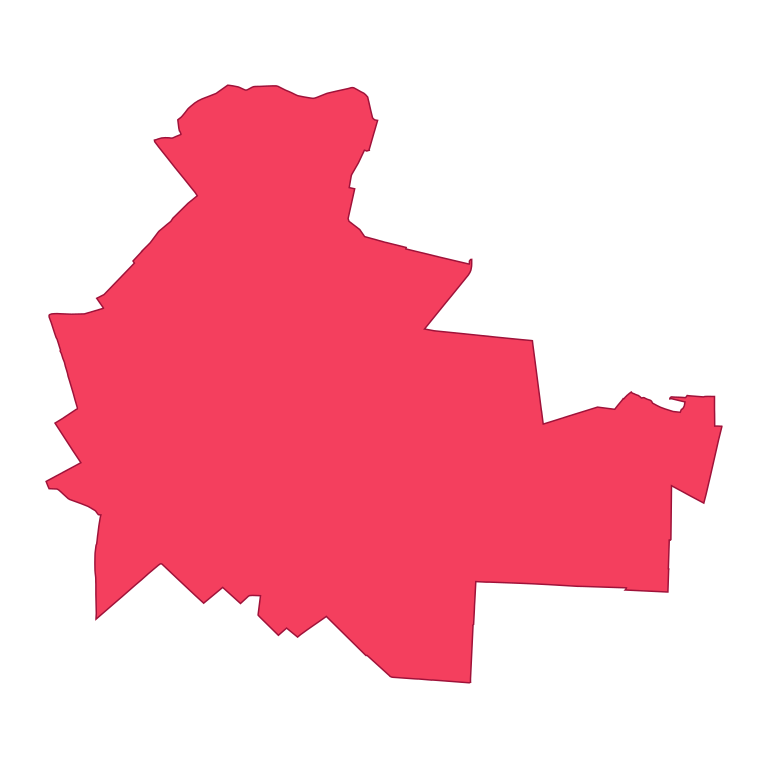 Ciocarlia, Constanta, Romania
{"feature_id": "2599482B33175651559383", "entity_name": "Ciocarlia", "entity_type": "district", "adm_level": 2, "iso_a3": "ROU", "parent_name": "Romania", "parent_adm1": "Constanta", "projection": "robinson", "projection_center": [28.275, 44.143], "detail": "fine", "context": "isolated", "style": "filled", "palette": "rose", "viewbox_px": 768, "rotation_deg": 0, "n_neighbors": 0, "source": "geoboundaries", "source_scale": "gbopen_adm2", "svg_char_len": 5747}
<svg xmlns="http://www.w3.org/2000/svg" viewBox="0 0 768 768"><path d="M577.6,586.3L582.7,586.4L625.4,587.8L626.4,587.9L626.1,588.8L625.6,589.6L625.2,590.0L667.4,592.0L667.9,592.0L668.6,570.3L668.8,569.1L668.6,569.0L668.6,568.8L668.3,568.8L668.4,566.9L669.0,548.0L669.2,541.8L669.2,540.1L670.3,540.1L670.3,539.9L670.5,539.9L670.9,539.5L671.5,485.9L671.5,485.7L689.9,495.7L703.8,503.1L706.1,494.2L710.5,475.4L718.7,439.4L719.0,438.2L721.9,426.5L721.8,426.2L720.1,426.2L718.1,426.1L714.7,426.1L714.6,413.9L714.5,409.5L714.5,396.5L707.9,396.4L704.9,396.5L703.5,396.9L689.3,395.8L687.2,395.5L685.6,397.6L685.1,397.6L684.9,397.6L683.9,397.5L680.4,397.3L674.5,397.1L671.7,396.9L671.1,397.0L670.2,397.7L669.9,398.3L669.8,398.7L669.8,398.9L671.5,398.7L682.7,401.4L685.0,401.9L684.3,405.8L683.6,407.3L682.6,408.8L681.8,409.2L681.4,409.4L680.2,412.3L673.1,411.5L665.2,409.0L660.6,407.3L657.1,405.6L652.5,403.1L652.1,402.3L651.8,401.6L651.3,401.0L650.6,400.4L649.0,399.8L647.4,399.3L645.6,398.5L644.4,397.8L643.5,397.6L642.5,397.8L641.7,398.0L641.3,397.9L639.8,396.5L638.9,395.9L638.2,395.4L636.9,395.0L635.1,394.3L634.2,393.8L632.2,393.1L631.3,392.0L630.7,392.4L630.1,392.9L629.8,393.1L629.5,393.3L629.2,393.6L628.9,393.8L628.6,394.1L628.3,394.3L627.7,394.9L627.4,395.1L627.1,395.3L626.8,395.6L626.5,395.9L626.3,396.2L626.0,396.5L625.7,396.7L625.4,397.0L624.9,397.6L624.4,398.2L624.3,398.3L624.2,398.5L623.9,398.8L623.7,398.9L623.2,398.6L622.4,399.8L621.1,401.4L619.5,403.3L618.0,405.1L616.9,406.5L614.7,409.3L597.5,407.1L595.3,407.8L585.0,411.0L569.5,415.8L557.3,419.7L543.8,423.9L543.2,424.0L541.5,410.8L541.4,410.7L539.3,394.2L537.2,377.9L535.1,361.7L532.9,345.0L532.4,340.7L532.0,340.6L519.0,339.4L496.8,337.2L462.1,333.6L434.3,330.8L424.5,329.0L445.8,302.7L452.3,294.8L468.5,274.8L470.1,272.1L470.9,270.1L471.3,268.0L471.6,266.2L471.7,263.9L471.7,261.3L471.7,260.9L471.7,259.4L470.6,259.5L469.4,261.1L469.4,263.7L469.2,264.1L439.9,257.2L405.8,248.9L406.2,247.5L386.2,242.5L385.5,242.4L364.6,236.6L359.8,229.6L349.0,221.3L348.1,218.6L354.7,188.8L349.2,187.6L351.3,175.6L351.9,174.2L358.4,162.9L362.6,154.0L362.8,153.6L363.2,152.8L363.3,152.6L364.4,150.2L364.8,150.3L365.9,150.7L366.6,151.0L367.1,150.9L367.8,150.7L368.4,150.5L369.3,150.3L369.2,149.9L369.2,149.5L373.7,133.8L374.2,132.1L374.4,131.5L377.6,120.4L376.4,120.2L375.4,120.0L374.6,119.8L373.4,118.8L372.7,118.0L372.4,117.3L372.1,116.0L370.8,110.7L368.8,101.8L368.2,99.4L367.7,97.1L367.3,96.6L366.8,96.1L365.7,94.8L363.8,93.2L361.2,91.9L357.3,89.7L353.8,87.8L352.5,87.6L351.2,87.7L348.4,88.5L344.8,89.3L336.6,91.1L327.6,93.2L326.6,93.5L317.1,97.3L315.1,98.0L313.7,98.3L312.4,98.3L311.1,98.1L310.3,98.0L303.7,96.9L297.8,95.7L296.8,95.3L294.5,94.2L291.7,92.8L288.8,91.5L285.6,90.2L278.1,86.4L277.1,86.1L276.2,85.9L274.4,85.9L272.1,85.9L269.3,86.0L266.4,86.1L260.0,86.4L258.4,86.4L255.2,86.5L254.0,86.6L253.2,86.8L251.8,87.4L249.0,88.9L247.5,89.7L246.6,90.0L245.6,90.1L245.0,89.9L244.0,89.5L239.7,87.5L238.1,86.9L233.1,85.9L229.7,85.4L227.7,85.2L218.1,92.0L216.2,93.4L206.8,97.1L205.4,97.6L203.7,98.3L202.3,98.8L197.8,101.0L197.3,101.4L194.9,102.9L191.1,106.0L188.8,108.0L187.8,109.0L185.3,112.3L182.0,116.3L180.8,117.5L178.9,118.9L178.6,119.2L177.8,119.8L178.8,128.0L179.4,130.9L179.9,131.3L181.0,134.1L180.9,134.5L175.7,136.6L173.3,137.7L172.2,138.1L171.1,138.1L169.0,137.8L165.2,137.7L161.5,138.0L157.7,139.1L156.5,139.6L154.4,140.1L154.7,141.7L159.0,147.4L166.1,156.3L175.5,168.2L184.7,179.5L189.4,185.4L195.2,192.6L197.3,195.8L196.5,196.4L188.0,203.3L172.9,218.2L170.8,221.4L167.2,224.3L159.0,231.2L158.4,231.9L157.7,232.8L150.2,242.8L141.9,251.1L142.1,251.2L133.0,261.0L134.4,263.1L104.0,294.6L96.7,298.3L103.5,308.1L103.4,308.3L84.4,313.9L71.4,314.2L61.2,313.8L57.1,313.6L54.2,313.7L51.7,313.9L49.7,314.6L49.1,315.2L49.1,316.4L49.2,317.2L50.3,320.2L51.0,322.0L51.8,324.4L53.3,329.1L54.7,333.4L56.1,337.5L57.1,339.3L58.6,344.0L59.5,347.0L60.5,350.0L60.1,351.0L61.4,353.6L61.7,354.6L62.9,358.5L64.4,362.2L65.4,366.4L66.4,369.6L67.5,373.3L68.1,376.3L69.3,380.1L73.3,393.5L75.0,399.8L76.3,404.2L77.4,408.0L77.3,408.9L76.3,409.4L76.2,409.4L61.6,419.1L58.8,420.8L55.0,423.1L72.2,449.6L72.3,449.8L80.9,462.7L46.1,481.4L47.9,486.0L49.1,488.7L56.8,489.0L57.8,489.4L59.0,490.2L68.2,498.6L68.3,498.6L69.5,499.4L81.3,503.7L88.1,506.4L95.0,510.5L95.6,511.0L96.9,512.8L98.3,514.6L99.0,514.8L100.9,514.9L100.6,516.0L100.2,517.8L98.9,525.7L97.8,534.5L97.6,535.7L97.1,540.5L96.7,543.8L96.5,544.2L96.5,544.4L96.1,545.1L95.8,547.3L95.1,553.0L95.0,555.8L94.9,562.3L94.9,564.0L95.0,570.5L95.2,572.9L95.7,577.3L95.8,579.8L95.8,581.7L95.8,581.8L95.9,584.1L95.9,586.7L95.9,588.8L95.9,594.3L96.3,613.2L96.0,618.9L96.0,619.2L113.3,604.2L116.2,601.7L116.9,601.1L119.8,598.6L122.7,596.1L127.5,591.9L135.7,584.7L137.0,583.6L141.5,579.8L148.3,573.7L158.5,565.1L160.1,564.0L161.0,563.7L162.0,564.1L177.2,578.5L177.3,578.6L195.3,595.5L203.7,603.2L204.0,602.9L222.7,587.4L240.4,603.4L240.5,603.5L245.5,598.9L248.4,596.2L249.6,595.6L252.5,595.4L260.5,595.7L258.1,614.6L258.2,615.3L258.6,615.7L260.2,617.4L260.3,617.5L277.9,634.8L278.4,635.3L286.6,628.1L297.6,637.1L299.0,635.9L301.1,634.2L303.5,632.5L305.4,631.1L307.2,629.8L313.5,625.4L317.7,622.5L325.0,617.4L326.3,616.4L326.8,616.9L365.9,655.5L367.1,655.4L371.2,659.1L387.4,673.8L389.3,675.5L390.1,676.4L391.7,677.1L393.1,677.3L397.6,677.6L401.6,677.9L405.8,678.2L414.1,678.8L417.7,679.0L418.8,679.0L431.9,680.1L432.4,680.0L432.6,680.0L451.0,681.4L469.3,682.8L469.4,682.7L470.4,682.3L470.6,682.2L470.5,681.9L470.5,678.7L473.0,626.1L472.8,625.3L473.6,624.5L474.4,608.9L474.5,605.7L474.8,600.7L475.7,583.7L475.8,581.6L486.0,582.1L489.4,582.1L518.7,583.2L533.0,583.8L548.8,584.6L577.4,586.3L577.5,586.3L577.6,586.3Z" fill="#f43f5e" stroke="#9f1239" stroke-width="1.5"/></svg>